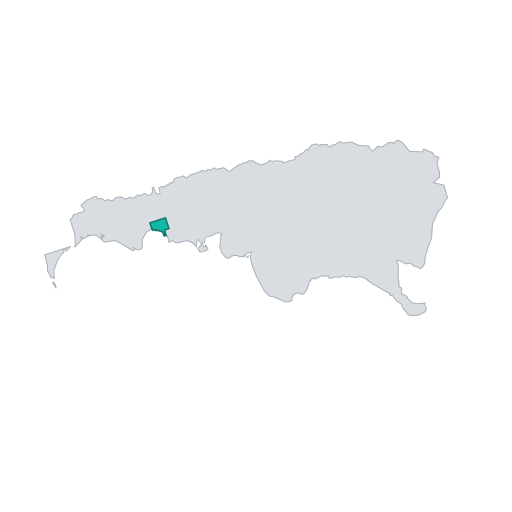 Escalante, Chubut, Argentina shown in context, rotated 73°
{"feature_id": "61730980B51244903644877", "entity_name": "Escalante", "entity_type": "district", "adm_level": 2, "iso_a3": "ARG", "parent_name": "Argentina", "parent_adm1": "Chubut", "projection": "albers", "projection_center": [-67.016, -45.339], "detail": "fine", "context": "in_parent", "style": "filled", "palette": "teal", "viewbox_px": 512, "rotation_deg": 73, "n_neighbors": 0, "source": "geoboundaries", "source_scale": "gbopen_adm2", "svg_char_len": 5371}
<svg xmlns="http://www.w3.org/2000/svg" viewBox="0 0 512 512"><g transform="rotate(73 256 256)"><path d="M309.1,158.4L305.7,162.9L306.0,166.2L302.5,173.6L303.0,175.2L300.4,178.6L300.7,182.6L299.2,186.4L299.2,191.2L298.2,192.6L296.3,192.8L294.3,199.4L295.3,206.0L293.7,207.1L295.8,212.1L302.9,217.1L306.2,221.7L306.1,223.5L303.8,225.9L303.4,228.1L304.1,231.2L305.8,233.3L309.3,234.9L309.2,239.2L308.3,241.8L300.4,250.7L298.4,254.7L291.8,258.3L275.2,261.6L262.5,262.5L255.4,261.7L250.8,259.4L250.8,264.9L253.1,266.6L251.9,266.6L252.8,267.7L252.0,272.2L250.4,273.0L249.1,276.6L249.0,279.9L250.3,282.7L248.7,285.3L243.2,287.7L237.0,288.0L225.5,283.3L226.0,282.6L225.4,282.4L223.4,283.2L222.6,286.9L223.7,292.7L223.2,297.7L223.8,299.3L227.9,301.3L227.6,303.3L228.9,303.6L231.9,303.2L232.3,301.6L230.8,301.0L234.9,299.8L236.3,302.0L236.2,307.1L235.5,308.5L232.3,309.3L231.4,309.0L229.8,305.4L228.3,304.6L223.8,306.4L223.3,307.5L229.7,310.3L224.8,312.9L221.0,317.6L220.7,326.4L219.7,328.9L217.2,331.1L216.7,332.8L217.5,333.8L217.2,335.4L212.3,334.8L208.8,337.5L205.7,338.4L200.0,348.4L200.8,353.2L207.1,360.2L214.9,362.2L215.8,364.6L215.5,367.3L214.5,369.0L211.6,370.5L214.1,370.5L215.1,372.0L201.3,384.5L199.6,388.2L198.8,395.8L197.8,397.4L195.0,398.9L193.2,397.4L191.7,394.6L191.8,396.9L189.2,397.8L192.3,397.8L193.7,399.6L189.7,402.5L188.5,405.0L188.1,408.5L186.5,410.6L187.8,410.1L189.1,416.9L185.9,417.5L189.8,418.5L194.4,426.2L194.0,426.9L193.9,426.0L182.2,422.9L166.7,423.1L166.7,422.0L162.9,418.1L163.6,415.0L162.8,412.5L163.4,410.2L162.8,407.4L161.3,406.6L156.4,408.6L153.0,401.2L152.9,397.1L151.9,394.5L152.5,391.1L155.2,390.7L155.7,387.1L159.0,384.1L158.8,380.7L160.7,378.7L161.1,376.9L159.0,372.7L160.1,367.8L163.6,363.9L163.0,359.4L164.9,357.0L163.0,351.0L165.0,348.3L163.9,346.9L163.7,343.7L165.8,342.7L166.9,339.1L164.6,336.1L160.6,335.4L160.3,333.8L167.4,333.3L168.2,330.7L167.6,329.2L162.2,328.8L162.1,325.4L163.1,323.1L162.0,320.9L162.2,318.9L160.7,316.0L162.0,314.5L158.2,311.6L157.9,306.5L158.6,305.2L158.0,302.4L161.1,299.7L159.3,294.9L159.1,285.4L158.4,283.0L160.3,279.0L159.1,276.5L160.5,274.5L159.6,269.7L161.4,269.2L162.2,260.9L166.5,258.2L167.3,256.5L163.8,246.2L163.9,242.3L163.1,240.5L163.9,238.2L162.9,234.9L164.1,230.9L167.1,229.1L167.4,227.8L170.5,224.9L170.1,218.3L168.5,214.9L170.1,213.6L171.0,208.5L173.2,203.1L175.3,202.1L174.6,196.0L175.2,190.5L172.4,189.6L172.9,185.7L171.9,184.8L171.1,180.7L169.1,177.2L168.9,175.6L170.0,174.5L167.8,173.2L166.2,169.9L166.4,166.8L166.7,164.8L168.9,163.2L168.4,161.7L170.1,155.4L172.5,154.9L173.6,152.7L172.3,151.5L172.5,147.8L171.2,142.4L173.4,139.7L175.0,131.3L180.3,125.3L183.9,115.9L186.8,115.7L189.9,113.6L186.7,107.7L188.7,103.8L186.3,95.9L187.0,92.9L188.8,91.2L186.6,88.2L187.2,85.7L190.3,82.9L200.9,78.5L205.1,66.3L202.8,64.2L208.8,57.1L213.0,55.9L214.8,52.3L220.3,55.8L229.9,56.1L234.6,57.7L237.8,64.8L243.1,55.6L256.3,55.8L258.8,59.4L263.6,63.5L266.8,68.9L277.0,77.9L290.4,83.0L298.3,89.3L307.5,95.0L312.2,96.6L315.5,100.3L316.1,102.8L313.7,104.5L311.7,108.0L308.9,109.8L307.6,112.0L307.4,115.0L301.8,120.5L301.8,122.7L306.8,122.7L318.6,126.5L324.4,127.2L326.2,128.4L329.7,126.1L334.6,127.9L338.6,123.6L342.1,123.1L346.2,120.4L348.5,116.6L350.5,108.0L352.4,108.9L356.0,108.3L358.8,110.5L360.1,118.2L358.4,125.1L356.6,127.7L352.7,128.7L350.4,130.4L344.5,131.0L340.8,134.3L333.2,137.3L333.3,139.5L331.1,139.0L317.4,152.1L309.1,158.4ZM193.1,457.7L192.7,430.5L195.7,435.8L194.3,435.5L193.9,438.0L196.4,438.6L197.6,441.7L202.9,447.7L210.8,453.6L218.5,455.5L216.3,458.4L208.7,459.7L204.2,458.1L193.1,457.7ZM221.5,457.4L223.9,456.4L228.4,456.4L222.4,458.4L221.5,457.4ZM254.7,263.8L254.5,264.9L252.9,263.1L254.7,263.8Z" fill="#d9dde1" stroke="#a8b0b8" stroke-width="1"/><path d="M193.0,331.4L193.3,347.8L200.0,347.7L200.1,347.4L200.3,347.2L200.5,347.2L200.4,347.1L200.3,346.9L200.4,346.7L200.5,346.6L200.7,346.4L200.8,346.2L201.0,346.0L201.2,345.9L201.2,346.0L201.0,345.9L201.1,345.7L201.2,345.4L201.3,345.4L201.5,345.2L201.8,345.1L202.0,345.0L202.0,344.9L201.9,344.8L201.9,344.7L202.0,344.6L201.9,344.6L201.9,344.4L202.0,344.3L202.2,344.2L202.0,343.9L202.0,343.7L202.0,343.4L202.1,343.2L202.2,342.9L202.3,342.8L202.5,342.6L202.7,342.3L202.9,342.1L203.1,341.9L203.3,341.6L203.4,341.4L203.5,341.2L203.8,340.8L203.9,340.5L204.0,340.4L204.2,340.2L204.4,339.9L204.5,339.8L204.5,339.6L204.8,339.4L204.8,339.2L205.0,339.1L205.2,338.9L205.3,338.8L205.4,338.7L205.5,338.6L206.0,338.3L206.1,338.2L206.4,338.1L206.6,338.1L206.8,338.1L207.0,338.1L207.3,338.0L207.6,338.0L207.8,338.0L208.0,337.9L208.3,337.9L208.6,337.9L208.8,337.9L209.0,337.9L209.1,338.0L209.3,338.0L209.4,337.9L209.4,337.7L209.2,337.5L209.2,337.4L209.2,337.5L209.1,337.4L209.1,337.5L209.0,337.4L209.0,337.5L208.9,337.4L209.0,337.4L208.9,337.4L208.7,337.4L208.7,337.2L208.8,337.2L208.7,337.2L208.8,337.0L209.0,337.0L209.1,336.9L209.2,337.0L209.3,337.1L209.5,337.2L209.5,337.3L209.6,337.2L209.7,337.3L209.8,337.3L209.8,337.2L209.7,337.1L209.4,337.1L209.2,337.0L209.2,336.9L209.3,336.7L209.5,336.4L209.6,336.5L209.6,336.4L209.8,336.2L210.0,336.1L210.3,336.0L210.5,335.9L210.7,336.0L210.8,336.0L210.7,336.0L210.7,335.9L204.5,335.8L204.4,335.7L204.3,331.7L204.3,331.2L198.5,331.3L193.0,331.4ZM210.4,337.6L210.5,337.6L210.4,337.6L210.4,337.6ZM209.6,337.5L209.5,337.4L209.5,337.5L209.6,337.5Z" fill="#14b8a6" stroke="#0f766e" stroke-width="1.5"/></g></svg>